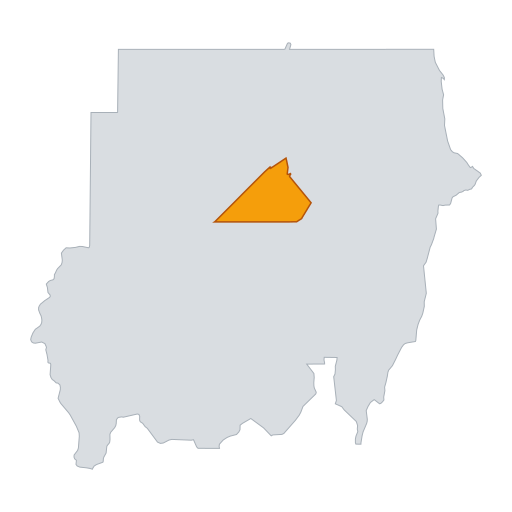 location of Ad Dabbah, Northern, Sudan
{"feature_id": "16777658B45906237385518", "entity_name": "Ad Dabbah", "entity_type": "district", "adm_level": 2, "iso_a3": "SDN", "parent_name": "Sudan", "parent_adm1": "Northern", "projection": "natural_earth1", "projection_center": [31.506, 17.537], "detail": "fine", "context": "in_parent", "style": "filled", "palette": "amber", "viewbox_px": 512, "rotation_deg": 0, "n_neighbors": 0, "source": "geoboundaries", "source_scale": "gbopen_adm2", "svg_char_len": 4532}
<svg xmlns="http://www.w3.org/2000/svg" viewBox="0 0 512 512"><path d="M360.9,444.2L355.9,444.1L355.4,442.7L355.4,439.0L356.0,436.1L357.8,431.6L357.3,429.1L357.6,425.5L356.3,421.5L344.2,409.9L341.8,406.7L335.3,403.8L336.4,400.5L333.7,376.7L335.0,374.0L335.4,369.8L335.3,366.2L336.9,360.1L337.1,357.5L324.2,357.3L324.0,360.0L324.6,362.9L324.6,364.0L306.7,364.1L313.9,373.5L314.2,377.5L313.8,382.6L313.9,385.9L314.3,388.0L316.2,392.2L316.1,393.0L315.7,394.0L303.0,406.4L300.8,412.2L299.2,415.2L295.4,420.3L283.8,433.5L281.9,434.4L273.1,434.9L272.2,435.2L271.5,435.8L271.1,435.7L263.6,427.9L250.8,418.5L242.4,423.4L240.1,425.2L240.0,429.7L238.8,432.0L236.5,434.5L230.3,436.1L227.0,437.5L223.2,440.0L219.4,444.2L219.1,446.4L219.5,448.4L198.0,448.3L196.6,446.8L193.5,439.7L191.3,440.2L171.7,439.4L168.9,440.1L163.3,443.0L160.4,443.4L157.5,442.1L147.3,428.3L145.1,426.6L142.7,423.3L140.5,421.9L139.8,420.9L139.6,419.4L139.7,416.3L138.9,414.4L137.3,414.0L123.4,417.2L121.5,416.9L118.6,417.4L117.6,418.0L116.4,419.8L116.2,423.6L115.8,425.5L114.7,427.6L110.7,432.3L109.9,434.3L110.0,439.5L109.7,442.1L109.1,443.3L107.4,445.3L106.8,446.4L106.1,453.0L103.9,457.0L103.4,458.4L103.2,461.3L102.9,462.2L96.6,464.5L94.2,466.0L92.8,468.2L92.4,469.2L89.8,468.4L86.3,467.8L79.8,467.1L77.2,466.0L76.0,464.4L76.4,460.4L75.7,459.6L74.7,458.9L74.0,457.1L74.1,455.0L77.6,450.4L78.4,448.0L79.3,436.3L79.1,432.8L76.4,426.3L70.2,415.0L68.7,412.8L60.9,403.6L60.0,402.2L58.1,398.3L60.3,389.7L60.4,387.4L59.9,384.9L57.9,383.1L56.2,382.9L53.9,380.6L52.3,379.6L51.0,377.6L50.1,374.7L50.8,364.6L50.4,363.3L48.4,362.9L47.9,362.2L48.0,360.3L47.0,354.5L45.8,349.8L46.5,347.2L44.9,343.6L41.7,342.0L35.4,343.2L33.5,343.0L32.1,342.3L31.2,341.0L30.7,339.5L31.2,337.1L33.0,332.8L35.3,329.3L39.8,326.1L41.0,324.4L41.7,322.5L41.9,320.3L41.6,318.0L41.1,315.9L39.8,313.2L38.6,309.9L38.6,307.7L39.2,306.1L40.4,304.2L44.9,300.5L49.6,297.4L50.3,296.3L50.1,295.0L48.0,292.5L47.4,287.5L46.3,284.1L48.6,281.5L50.3,280.5L53.0,279.8L54.1,278.7L54.4,276.6L54.4,274.6L55.3,273.1L56.7,270.0L57.7,268.5L61.3,264.8L62.1,262.4L62.3,260.1L61.4,253.1L63.5,250.2L66.1,247.8L69.8,248.0L75.5,247.4L79.5,246.4L82.3,246.5L88.6,247.8L89.3,247.2L89.7,245.4L91.0,112.5L117.3,112.5L117.6,112.3L118.4,49.4L283.6,49.4L284.9,49.2L287.5,43.3L288.6,42.8L290.3,43.2L290.9,44.6L289.5,49.4L433.7,49.3L434.1,56.5L435.3,62.3L439.5,70.5L443.0,74.9L444.3,77.4L444.4,78.5L444.3,79.6L443.2,78.3L441.4,77.5L441.2,81.4L442.1,89.3L443.6,94.8L442.6,99.9L442.8,108.5L444.8,118.9L444.5,125.5L447.6,141.0L450.6,149.6L452.3,151.7L454.1,152.8L457.6,153.5L462.7,157.9L466.8,162.5L468.3,164.9L470.3,167.6L471.6,167.1L472.5,166.4L473.8,168.5L480.3,173.1L481.3,175.3L479.0,177.4L476.3,181.0L475.1,184.3L474.4,185.4L472.3,187.5L471.9,188.5L471.0,189.2L470.0,189.2L467.8,190.3L465.8,190.0L463.8,190.6L463.1,191.4L461.5,192.1L459.3,192.5L456.0,195.3L453.1,196.7L452.1,197.9L450.6,203.5L449.5,205.0L445.2,205.1L443.0,205.6L440.1,205.0L438.7,205.1L438.4,206.3L437.9,211.1L438.0,213.2L435.6,218.8L436.4,229.1L434.1,236.9L433.7,238.6L431.4,244.8L430.2,247.1L427.2,258.5L426.1,262.1L423.5,265.8L426.3,293.3L424.2,301.8L424.3,306.4L422.8,313.2L421.7,316.3L419.7,320.1L418.1,324.3L416.7,329.9L415.8,340.5L415.4,341.5L407.6,342.8L405.2,343.5L403.6,344.7L401.6,347.4L397.7,354.9L395.6,359.4L392.4,365.7L388.7,370.1L387.9,372.3L387.3,376.3L385.9,382.6L384.6,387.1L384.9,390.7L383.7,397.0L383.9,400.0L382.6,401.7L380.8,403.4L379.6,403.8L374.2,399.6L370.4,402.5L368.0,406.5L366.2,410.6L367.3,419.3L367.2,421.2L366.7,423.3L363.1,431.8L362.1,435.7L361.0,442.5L360.9,444.2Z" fill="#d9dde1" stroke="#a8b0b8" stroke-width="1"/><path d="M311.1,202.8L310.6,202.2L297.9,186.7L294.2,182.2L289.6,176.6L290.0,175.1L290.6,174.4L290.6,173.9L290.4,173.6L290.1,173.8L289.8,174.0L289.2,174.0L289.0,174.3L288.2,174.5L287.5,174.3L287.2,174.0L288.0,167.4L287.3,164.1L286.7,161.1L286.0,158.1L274.0,166.1L270.8,168.2L270.6,167.4L270.0,167.6L269.9,167.7L269.8,167.2L268.0,168.8L264.6,171.9L260.0,176.5L243.0,193.5L235.2,201.4L214.9,221.7L214.6,221.9L233.5,221.9L239.8,221.9L253.1,221.9L261.8,221.9L275.7,221.9L277.7,221.9L279.9,221.9L286.8,221.9L289.1,221.9L293.3,221.8L296.6,221.8L297.4,221.3L298.9,220.3L301.5,218.7L301.7,218.4L301.8,218.3L301.8,218.2L302.0,217.9L302.2,217.5L302.6,216.8L302.9,216.3L303.3,215.7L303.6,215.1L304.4,213.9L305.2,212.5L305.4,212.2L305.6,211.9L305.7,211.7L306.5,210.4L306.7,210.1L307.7,208.3L308.0,207.9L308.4,207.2L308.5,207.1L308.6,206.9L309.2,205.9L309.7,205.1L311.1,202.8Z" fill="#f59e0b" stroke="#b45309" stroke-width="1.5"/></svg>